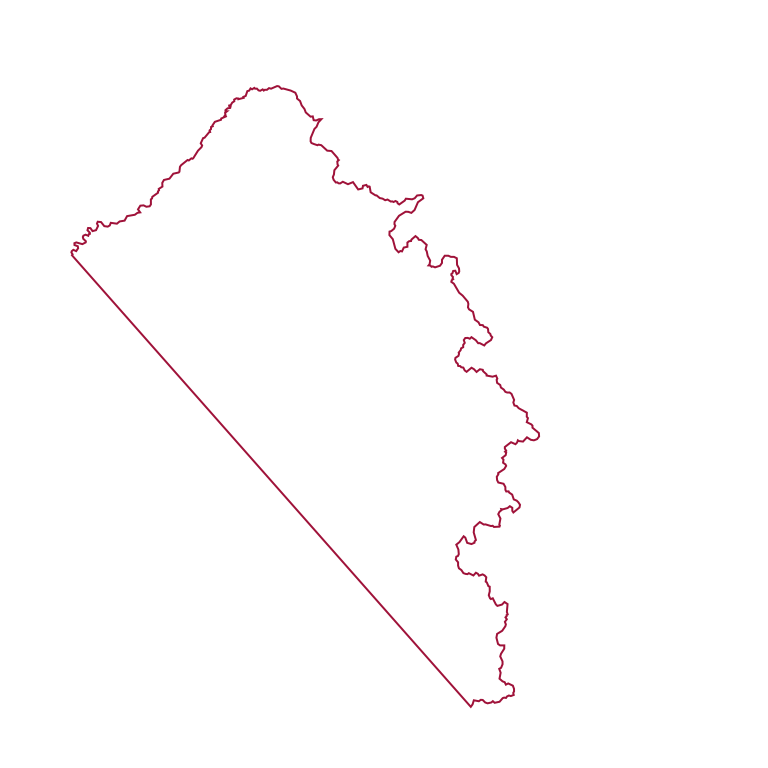 Minas, Neuquén, Argentina (Robinson projection), rotated 137°
{"feature_id": "61730980B83273988840504", "entity_name": "Minas", "entity_type": "district", "adm_level": 2, "iso_a3": "ARG", "parent_name": "Argentina", "parent_adm1": "Neuquén", "projection": "robinson", "projection_center": [-70.936, -36.758], "detail": "fine", "context": "isolated", "style": "outline", "palette": "rose", "viewbox_px": 768, "rotation_deg": 137, "n_neighbors": 0, "source": "geoboundaries", "source_scale": "gbopen_adm2", "svg_char_len": 6133}
<svg xmlns="http://www.w3.org/2000/svg" viewBox="0 0 768 768"><g transform="rotate(137 384 384)"><path d="M540.7,88.7L537.7,89.3L534.0,91.4L531.0,87.3L528.6,87.0L527.3,85.6L527.2,82.1L526.0,79.8L522.7,77.9L520.7,77.8L520.5,75.4L516.2,72.8L511.4,73.3L510.0,72.7L508.9,71.2L507.2,71.6L505.1,71.0L504.1,69.3L501.2,68.1L500.2,69.9L498.5,70.5L496.8,72.4L495.5,75.5L497.4,80.3L499.9,81.0L499.1,83.6L500.1,85.7L500.5,89.7L495.6,93.3L494.0,97.1L491.9,96.6L488.4,98.2L486.5,100.3L484.8,105.5L482.4,106.9L476.6,108.4L474.3,110.8L477.4,113.7L477.9,116.1L474.8,121.8L471.7,124.1L465.8,122.9L460.4,124.1L458.8,125.1L457.8,127.6L454.6,128.2L454.3,130.5L452.6,130.6L451.9,131.4L450.7,131.1L449.6,133.5L443.7,138.8L444.6,142.4L448.1,142.2L452.4,144.4L452.5,146.5L450.6,153.1L452.5,153.8L452.6,155.0L451.4,158.1L448.1,160.2L444.9,163.7L445.5,165.0L444.1,168.8L444.4,170.1L441.0,172.9L441.0,175.4L441.7,177.5L445.2,179.0L444.8,181.2L445.5,183.3L449.2,183.0L451.0,187.8L452.6,188.0L453.8,189.4L454.9,191.5L454.3,195.2L454.9,198.1L453.7,200.6L451.4,203.1L451.2,206.7L448.9,208.4L447.1,207.8L445.3,208.6L442.5,212.2L440.7,217.2L436.7,216.9L429.6,218.3L429.3,216.2L431.5,211.1L429.2,207.3L426.1,206.2L425.1,207.1L423.2,207.2L419.6,214.3L415.5,217.8L408.1,217.7L406.9,213.2L405.5,212.1L402.6,207.1L401.2,206.2L401.1,204.5L396.8,200.9L395.8,201.4L395.6,202.5L390.6,206.2L389.2,210.9L386.6,211.8L384.1,211.6L383.6,212.6L382.6,211.3L378.2,209.0L375.3,208.8L374.6,206.0L376.7,203.7L377.0,201.8L369.1,201.3L366.9,202.9L366.4,205.9L366.5,208.2L367.8,211.1L365.7,215.7L366.5,219.3L366.1,220.5L367.9,222.0L367.4,223.8L365.5,225.9L364.6,229.5L367.6,234.0L366.8,236.6L364.8,239.2L361.9,240.0L361.3,241.0L354.0,239.8L350.5,240.8L350.0,242.3L350.6,245.2L348.2,247.2L348.1,249.4L343.5,249.0L341.2,250.7L341.6,251.9L340.1,252.0L339.7,254.3L338.6,255.5L330.8,254.8L328.9,250.3L326.7,250.4L324.5,251.5L324.3,250.3L321.6,247.1L315.8,247.5L314.7,243.1L312.8,240.6L311.2,239.9L309.6,239.3L306.3,239.9L304.2,242.5L305.2,250.8L303.8,252.3L303.8,254.0L305.6,258.7L302.0,260.9L301.9,262.7L299.1,265.6L302.0,274.4L301.9,277.4L303.3,279.3L302.0,282.3L299.7,283.6L297.5,289.8L297.9,292.1L299.7,293.7L300.6,295.5L300.2,298.2L300.9,301.7L299.7,304.0L300.5,307.7L298.7,310.3L297.5,310.6L296.4,313.7L299.6,315.3L303.2,320.2L302.4,321.0L302.8,325.8L302.1,327.0L303.8,329.4L308.1,329.7L308.1,333.5L308.9,336.2L315.3,336.6L315.7,338.9L314.8,341.9L316.1,343.6L316.0,345.0L317.4,346.6L316.2,348.7L316.5,350.4L315.3,353.4L313.9,354.4L310.4,353.8L308.5,354.9L308.0,356.0L304.8,356.5L303.3,357.5L301.0,356.9L299.4,358.6L296.9,359.0L295.7,361.7L293.2,362.2L291.3,360.6L290.4,358.6L288.1,358.6L287.0,353.4L287.3,349.6L286.1,348.6L284.4,343.8L281.7,344.2L275.8,343.2L272.9,344.4L272.9,346.6L272.1,348.1L272.4,350.7L270.4,353.3L270.2,354.8L271.9,357.9L271.6,359.7L273.6,361.7L272.8,364.7L273.7,369.1L269.7,376.1L270.9,380.6L270.3,382.8L267.7,385.0L266.6,387.0L266.2,395.0L266.8,399.5L264.5,409.7L265.1,412.8L263.7,413.7L261.9,413.5L261.8,414.5L260.6,415.2L260.5,417.7L259.8,418.5L258.5,418.3L256.3,419.5L254.6,418.2L255.9,414.8L253.7,414.3L252.2,415.0L250.3,417.4L249.3,421.3L245.0,426.3L246.1,429.2L248.4,431.4L249.5,434.0L252.1,436.4L256.9,435.3L259.0,433.0L262.4,432.3L267.1,434.5L268.1,436.7L269.3,437.3L269.3,439.0L270.5,440.3L269.0,440.5L266.1,442.7L264.7,447.9L262.3,451.8L261.7,454.2L257.9,456.6L258.5,463.8L260.2,465.8L259.7,467.6L260.1,470.7L265.5,470.9L266.7,470.1L268.2,471.3L270.4,471.5L273.3,468.4L276.5,470.3L280.4,468.7L281.3,470.1L283.5,470.4L283.5,475.1L278.8,483.9L278.5,489.2L276.0,491.7L274.4,490.9L270.7,490.7L267.8,492.0L267.4,493.7L265.8,495.3L258.3,496.8L250.8,495.3L248.9,493.5L247.3,490.5L243.0,490.4L235.2,493.8L228.6,493.0L227.3,495.5L227.9,496.8L231.2,499.3L234.9,498.9L237.5,499.9L241.6,504.6L243.8,504.0L250.4,504.9L250.8,506.8L250.1,508.1L250.8,510.0L252.9,510.6L253.4,511.9L254.6,512.8L255.6,516.5L257.8,517.6L258.6,520.5L260.3,522.9L260.8,527.0L261.6,527.8L263.0,533.3L259.9,538.1L260.3,538.9L261.6,539.3L261.1,541.6L264.2,543.3L266.3,541.7L270.2,543.9L269.0,552.8L274.1,554.7L276.2,560.0L279.3,560.6L280.4,561.8L280.6,563.3L281.8,564.2L281.6,567.7L280.4,570.2L277.7,571.4L274.5,574.2L268.5,575.0L268.2,576.3L266.4,578.6L264.4,578.6L264.6,579.4L263.8,581.1L263.5,590.2L266.4,593.4L267.0,601.4L268.6,603.7L269.8,604.0L271.5,607.1L272.7,609.7L272.2,611.5L269.7,614.0L260.9,618.0L257.9,618.1L253.5,620.1L249.2,620.4L251.0,622.0L253.9,623.0L255.5,624.9L253.6,628.3L255.4,629.6L256.0,636.0L254.6,639.4L254.2,643.9L252.4,648.2L252.9,652.1L251.5,653.6L250.2,657.5L252.1,662.2L256.1,668.7L257.7,669.8L257.9,673.4L259.0,674.8L265.2,677.0L266.3,678.8L269.0,679.0L270.6,680.5L271.8,680.6L271.8,682.2L274.6,682.9L275.5,684.3L275.5,686.7L276.9,687.9L276.9,689.0L279.5,689.5L280.0,691.2L282.5,690.5L284.2,691.4L288.7,689.0L291.1,689.9L291.5,689.0L296.3,691.6L295.9,692.2L297.1,693.6L299.6,694.2L300.6,692.9L303.1,693.3L306.0,692.5L307.3,693.3L307.6,693.0L306.8,691.7L308.2,690.8L310.4,692.3L313.2,692.4L313.9,691.6L312.8,690.5L315.3,690.7L316.3,689.1L317.7,688.8L316.9,688.1L317.1,687.5L322.0,689.2L323.0,688.4L328.9,691.1L333.2,690.1L333.5,689.3L335.2,689.9L336.7,688.4L338.6,688.4L339.3,686.9L340.1,687.4L347.3,686.5L348.6,687.2L353.9,685.0L354.3,682.5L355.9,681.7L360.9,681.5L369.6,679.2L370.4,679.3L371.0,680.4L374.3,680.6L374.9,681.8L383.2,682.4L385.1,682.0L388.8,678.8L389.9,678.7L394.7,681.5L400.9,680.5L405.8,683.3L409.0,682.3L411.4,679.5L415.7,680.3L416.4,679.1L418.0,679.0L418.8,678.0L425.8,678.9L427.1,677.9L428.6,678.0L432.0,674.3L434.2,673.8L436.9,675.7L438.0,678.6L440.6,680.6L444.8,679.5L445.3,675.8L447.5,677.3L450.8,677.7L457.4,682.0L462.3,680.4L466.5,683.2L470.0,683.4L473.9,688.2L476.4,687.0L478.7,687.5L480.9,690.2L480.5,695.4L482.7,697.9L484.5,697.1L485.3,694.6L489.7,692.9L492.9,694.6L492.4,698.2L494.0,699.9L496.0,698.7L496.0,695.2L496.7,694.4L497.7,694.9L499.2,694.1L500.4,696.7L502.7,697.5L504.0,696.9L504.9,695.3L504.7,691.7L505.6,691.0L509.2,692.0L512.5,697.4L514.4,698.1L515.6,696.7L514.0,693.6L515.1,691.9L518.5,691.1L519.7,694.0L521.8,694.1L522.9,693.4L523.3,691.2L524.4,691.0L540.7,88.7Z" fill="none" stroke="#9f1239" stroke-width="2"/></g></svg>